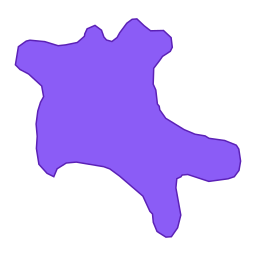 San Lucas Sacatepéquez, Sacatepéquez, Guatemala
{"feature_id": "79465075B92764455721704", "entity_name": "San Lucas Sacatepéquez", "entity_type": "district", "adm_level": 2, "iso_a3": "GTM", "parent_name": "Guatemala", "parent_adm1": "Sacatepéquez", "projection": "mercator", "projection_center": [-90.646, 14.595], "detail": "fine", "context": "isolated", "style": "filled", "palette": "violet", "viewbox_px": 256, "rotation_deg": 0, "n_neighbors": 0, "source": "geoboundaries", "source_scale": "gbopen_adm2", "svg_char_len": 1052}
<svg xmlns="http://www.w3.org/2000/svg" viewBox="0 0 256 256"><path d="M136.9,18.9L132.1,19.3L126.8,23.2L119.7,32.8L117.1,37.5L111.9,41.5L106.5,40.0L103.9,37.0L101.5,30.2L95.0,25.4L87.1,28.8L84.8,33.8L84.4,36.3L77.3,42.5L65.5,44.9L58.1,45.7L44.7,41.6L29.9,40.2L26.2,41.1L18.4,46.7L15.4,64.8L20.0,69.5L28.6,74.0L41.7,86.0L43.6,96.7L40.5,102.3L37.8,111.0L36.1,124.0L37.2,136.4L36.4,148.5L38.9,164.3L47.0,173.3L53.8,176.7L57.1,168.8L66.3,163.0L76.3,162.1L103.8,166.7L109.8,168.9L119.5,176.0L142.9,196.1L149.9,211.3L152.5,214.0L153.3,222.4L157.0,231.4L159.2,232.9L165.9,237.1L171.4,236.7L177.6,227.8L180.8,215.1L175.9,187.9L176.8,178.7L180.9,176.8L182.2,175.0L187.8,174.5L208.8,181.4L228.1,178.8L234.3,176.7L239.0,170.4L240.6,161.1L238.8,149.1L236.3,145.2L224.7,140.5L209.0,138.3L205.1,135.9L195.0,134.2L184.1,129.6L165.7,118.3L159.8,109.9L159.2,106.2L157.4,104.0L155.8,90.0L153.2,84.2L153.7,68.3L159.7,60.4L162.5,56.4L170.3,51.3L172.3,47.3L171.1,37.6L163.5,30.5L150.6,30.8L144.2,25.8L136.9,18.9Z" fill="#8b5cf6" stroke="#5b21b6" stroke-width="1.5"/></svg>